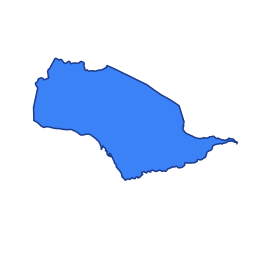 outline of Paratinga, Bahia, Brazil, rotated 299°
{"feature_id": "56859067B27824203442391", "entity_name": "Paratinga", "entity_type": "district", "adm_level": 2, "iso_a3": "BRA", "parent_name": "Brazil", "parent_adm1": "Bahia", "projection": "mercator", "projection_center": [-43.076, -12.745], "detail": "fine", "context": "isolated", "style": "filled", "palette": "blue", "viewbox_px": 256, "rotation_deg": 299, "n_neighbors": 0, "source": "geoboundaries", "source_scale": "gbopen_adm2", "svg_char_len": 5514}
<svg xmlns="http://www.w3.org/2000/svg" viewBox="0 0 256 256"><g transform="rotate(299 128 128)"><path d="M167.3,230.7L168.2,230.7L168.6,229.9L168.3,228.7L168.5,227.9L168.8,226.9L169.3,225.9L169.0,225.0L168.9,224.1L168.3,223.2L168.2,222.5L168.3,221.8L167.9,221.1L167.2,220.8L166.4,221.1L165.7,220.2L165.2,219.5L164.5,219.1L164.1,218.5L163.9,217.8L163.7,216.8L163.2,215.9L163.0,215.0L163.0,214.2L162.9,213.0L162.8,211.9L162.5,211.1L161.7,210.6L161.6,209.9L161.7,209.2L162.0,208.3L162.4,207.4L162.0,206.4L161.4,205.6L160.8,205.2L160.4,204.6L159.9,203.7L158.8,203.1L157.8,202.4L157.1,201.2L156.7,200.4L156.4,199.4L156.1,198.6L155.0,198.1L154.5,197.3L154.1,196.7L153.7,196.2L153.4,195.4L152.9,194.4L152.6,193.3L152.4,192.2L152.1,190.7L152.1,189.8L152.1,189.0L152.1,188.3L152.0,187.3L151.9,186.4L151.8,185.5L151.7,184.3L151.7,183.3L151.5,182.5L151.6,181.7L151.7,181.0L152.0,180.1L152.0,179.2L152.6,178.6L152.8,177.7L153.1,176.9L153.9,176.5L154.8,176.3L155.5,175.7L156.2,175.3L156.7,175.8L157.3,174.9L157.9,175.0L158.6,174.8L159.3,174.3L160.3,174.1L161.3,173.4L161.7,172.6L161.8,171.9L162.5,172.0L172.2,161.9L173.1,152.1L173.1,140.6L173.9,132.6L174.9,124.3L175.0,123.0L174.5,113.6L173.9,100.8L173.8,99.9L173.2,87.6L172.5,79.5L171.7,79.3L171.0,79.6L170.2,79.8L169.7,79.0L168.7,78.6L167.9,78.3L167.4,77.8L166.7,77.0L165.8,76.6L165.1,75.7L164.8,74.7L163.9,73.9L163.1,73.0L162.3,72.2L161.7,71.5L161.1,70.9L161.3,69.9L160.8,69.0L160.1,68.0L159.5,67.0L158.9,66.5L158.6,65.8L158.7,65.1L159.1,64.3L158.5,63.6L157.9,63.2L158.1,62.2L158.8,61.3L159.5,61.1L159.8,60.5L160.3,59.8L161.0,59.4L161.6,58.8L162.6,58.8L163.5,58.2L163.8,57.1L163.7,56.1L163.7,55.4L163.5,54.7L162.8,54.2L161.7,53.8L160.8,53.2L160.2,52.7L159.8,52.0L159.5,51.0L159.3,50.1L158.9,49.6L158.4,49.0L157.8,48.1L157.1,47.7L156.7,47.0L156.9,45.9L157.6,45.3L157.9,44.6L157.4,43.9L156.6,43.2L155.7,42.8L154.7,42.5L154.2,41.7L153.9,41.1L154.1,40.1L154.6,38.9L155.1,37.9L155.6,36.9L155.5,36.1L154.7,35.2L154.2,34.7L153.9,33.9L154.1,32.7L154.1,32.0L153.9,31.1L153.4,30.5L143.1,30.6L142.2,30.9L141.5,30.4L140.7,29.9L140.0,30.2L139.2,30.2L138.5,30.2L137.9,30.7L136.9,31.5L136.0,32.2L135.0,32.9L134.2,33.4L133.9,34.2L133.3,34.4L132.4,33.7L131.6,32.8L130.7,32.4L130.0,31.8L129.5,31.1L130.1,29.7L130.1,29.0L129.9,28.2L129.4,27.3L128.5,26.7L128.0,26.2L127.3,25.8L126.6,25.9L125.8,26.2L125.0,26.3L124.0,26.1L123.4,25.7L122.6,25.3L121.6,25.9L121.0,26.4L120.7,27.0L120.2,27.6L119.9,28.3L119.6,29.3L119.0,29.7L100.2,35.4L98.5,36.4L89.8,41.6L88.9,41.9L88.9,42.6L88.9,43.5L88.9,45.2L88.8,46.3L88.5,47.9L87.7,50.5L87.6,52.1L87.6,52.9L87.7,53.8L88.0,54.6L89.0,55.4L89.9,56.6L90.9,59.2L91.3,61.2L92.1,63.8L92.4,64.7L92.9,65.8L93.7,67.4L94.4,68.8L94.7,69.8L95.1,71.2L95.5,72.3L95.9,73.1L96.5,74.4L97.2,76.0L98.2,77.3L99.0,78.8L99.4,80.2L99.3,81.7L99.5,82.7L99.6,84.0L99.6,85.1L99.4,86.7L99.2,88.1L99.0,89.0L99.1,90.5L99.6,91.3L100.2,92.0L101.1,93.3L102.1,94.1L103.0,95.5L103.7,96.9L103.9,98.4L103.7,99.9L103.5,102.1L103.0,105.0L102.4,107.1L102.0,108.6L101.6,109.7L101.0,110.5L100.7,111.1L100.1,111.7L99.5,112.3L99.1,112.9L98.1,113.8L97.6,114.4L95.9,115.1L97.5,115.1L98.3,115.0L99.3,114.9L100.1,114.9L99.6,115.6L99.4,117.3L99.1,118.2L98.5,118.9L97.4,119.3L97.8,119.8L97.0,120.7L97.2,121.4L96.4,121.5L95.8,121.9L95.3,122.4L94.6,122.9L94.4,123.9L94.3,125.0L94.5,126.0L95.0,125.1L95.4,124.5L95.9,124.0L96.8,124.2L96.9,125.2L96.5,126.0L96.0,126.4L95.1,127.8L94.6,128.7L94.0,129.5L93.1,130.5L92.7,131.3L91.8,132.3L91.0,133.1L90.5,134.1L90.3,135.1L89.4,135.9L88.5,136.5L88.0,137.4L87.8,138.3L87.4,138.9L87.1,139.7L86.9,140.7L86.5,141.5L86.2,142.2L85.8,143.0L85.3,143.8L84.7,144.5L83.8,145.4L83.2,145.7L82.6,146.3L82.3,146.9L82.0,147.7L82.0,148.5L81.6,149.2L81.4,150.1L81.0,150.7L81.6,151.5L82.5,151.9L83.3,152.2L83.7,153.2L83.7,154.2L84.6,155.0L85.5,155.0L86.1,155.5L86.7,156.0L86.4,156.6L86.6,157.7L87.0,158.6L87.6,158.9L88.7,158.9L89.5,159.1L89.7,160.1L89.2,160.8L89.5,161.5L90.4,161.5L90.8,162.2L91.5,162.6L92.2,162.6L93.0,162.7L93.7,163.0L94.3,163.4L94.8,162.8L95.1,161.8L95.9,161.8L96.6,162.2L97.4,163.1L97.4,164.1L97.7,165.1L97.7,166.0L98.5,166.2L99.3,166.2L100.0,166.9L100.3,167.7L100.1,168.4L100.6,169.2L101.3,168.9L102.1,168.8L102.5,169.4L103.2,169.9L103.1,170.7L103.1,171.4L103.3,172.6L103.6,173.5L104.0,174.2L104.6,174.6L105.3,175.1L106.0,175.5L106.4,176.3L106.8,177.3L106.5,178.1L106.8,179.1L107.4,179.6L108.0,180.5L108.3,181.6L109.0,182.4L110.0,182.3L111.1,182.7L112.1,182.7L112.5,183.6L113.5,184.4L114.3,185.0L115.3,185.3L115.7,186.4L116.3,187.4L117.3,188.2L118.1,188.9L117.9,189.7L117.6,190.7L117.8,191.6L118.0,192.2L118.7,193.0L119.4,194.0L120.4,194.7L121.1,194.9L122.1,195.4L122.9,195.6L124.2,195.1L125.1,194.6L125.7,195.5L126.1,196.6L126.2,197.4L126.7,198.0L127.5,198.7L127.8,200.1L128.7,201.1L129.3,202.1L129.8,202.9L130.3,203.4L131.1,203.7L132.0,204.5L132.6,204.6L133.5,204.1L134.5,204.6L134.8,205.7L135.2,206.7L135.8,207.6L136.9,208.2L137.6,208.4L138.3,208.9L139.3,209.4L140.2,210.0L141.0,209.4L141.9,209.7L142.6,209.5L143.3,209.3L144.3,209.0L144.9,208.7L145.7,209.0L146.9,209.8L147.8,210.4L148.3,210.9L148.9,211.3L150.0,211.6L151.0,211.5L152.0,211.1L152.7,211.0L154.0,211.0L154.6,211.5L155.3,211.9L156.0,212.6L156.6,213.2L157.3,213.9L157.8,214.8L158.6,215.6L159.2,216.4L159.5,217.2L159.6,218.1L160.3,218.3L160.8,218.7L161.4,219.3L161.8,220.0L162.6,220.8L163.6,221.4L164.7,221.9L165.2,222.7L165.9,223.3L166.1,224.1L166.7,224.9L167.2,225.9L167.2,226.7L167.3,227.4L167.4,228.1L167.6,229.1L167.9,229.9L167.3,230.7Z" fill="#3b82f6" stroke="#1e3a8a" stroke-width="1.5"/></g></svg>